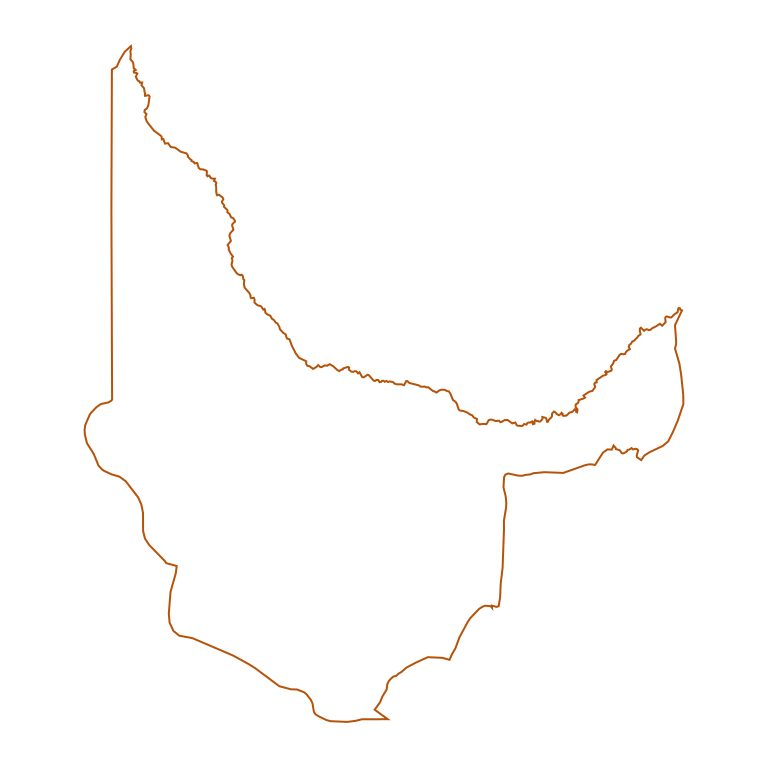 Thpong, Kâmpóng Spœ, Cambodia (Robinson projection)
{"feature_id": "14789045B91455576318571", "entity_name": "Thpong", "entity_type": "district", "adm_level": 2, "iso_a3": "KHM", "parent_name": "Cambodia", "parent_adm1": "Kâmpóng Spœ", "projection": "robinson", "projection_center": [104.429, 11.759], "detail": "fine", "context": "isolated", "style": "outline", "palette": "amber", "viewbox_px": 768, "rotation_deg": 0, "n_neighbors": 0, "source": "geoboundaries", "source_scale": "gbopen_adm2", "svg_char_len": 6085}
<svg xmlns="http://www.w3.org/2000/svg" viewBox="0 0 768 768"><path d="M406.3,381.0L404.0,385.2L401.5,384.3L396.9,384.3L394.9,383.8L393.1,382.2L390.0,381.4L387.9,382.0L386.5,381.0L384.8,381.8L383.5,380.8L382.1,380.8L381.0,382.0L379.6,382.2L378.3,380.1L376.7,379.9L374.7,381.0L373.8,380.7L368.6,375.0L367.5,374.8L363.8,377.3L362.2,377.1L359.5,372.2L358.0,373.4L356.4,371.4L354.8,371.2L352.9,371.9L351.2,371.5L348.8,369.6L349.1,367.6L348.0,366.9L343.2,368.4L342.7,369.5L341.6,369.5L339.1,371.1L337.2,369.9L333.4,366.4L329.7,364.2L327.2,365.7L324.8,365.4L321.4,367.2L320.0,366.8L318.2,365.1L316.4,367.0L313.1,368.9L309.5,366.2L307.4,365.8L306.1,363.9L306.3,361.3L299.0,357.8L295.9,353.6L292.0,346.1L289.5,339.3L287.3,338.7L286.2,336.8L285.8,334.5L283.1,332.7L280.0,329.4L279.3,326.8L277.4,323.4L275.7,322.6L274.0,320.1L271.9,318.7L270.4,315.8L266.7,314.0L265.3,312.5L265.0,309.7L264.4,308.9L263.3,309.6L261.2,306.4L257.3,305.1L254.5,302.6L254.6,299.6L253.9,297.8L251.1,298.2L250.4,296.7L250.6,295.5L249.3,293.0L244.6,287.6L243.9,284.1L244.3,280.1L243.4,279.2L242.6,275.5L241.3,274.7L240.3,275.2L238.4,274.5L236.7,273.2L232.2,266.8L231.5,264.6L232.5,260.7L231.8,258.1L233.0,256.6L230.7,253.6L228.7,249.6L228.9,247.6L227.6,245.0L230.9,240.9L229.4,235.8L230.1,233.4L233.4,229.7L232.1,225.5L232.4,224.1L235.0,221.6L234.7,220.4L233.2,218.2L231.0,217.2L229.5,213.8L227.4,212.3L227.5,210.4L227.0,209.6L224.0,206.8L224.2,205.3L222.0,202.6L221.9,201.6L223.3,199.3L223.1,198.4L222.4,197.3L218.8,194.7L217.1,195.3L216.7,194.5L216.2,191.7L216.2,186.9L215.7,184.9L216.3,183.2L215.7,181.9L214.0,180.9L214.9,178.7L212.1,178.6L210.6,177.9L209.4,175.7L208.4,175.6L207.7,176.3L206.7,175.5L206.9,171.3L206.3,170.6L203.1,169.4L200.4,169.3L198.9,168.1L197.6,164.9L197.6,163.6L196.9,162.9L194.6,163.4L193.6,161.8L191.6,161.2L191.4,159.9L190.6,159.6L187.9,156.7L187.9,155.4L186.5,153.4L180.6,151.7L175.2,147.7L170.7,147.0L168.1,143.2L165.0,143.6L163.3,139.0L161.8,139.4L161.6,136.8L161.0,135.9L154.0,130.7L148.1,123.3L146.6,121.1L145.3,117.0L146.5,114.1L144.4,112.0L144.8,109.9L147.0,108.4L148.4,105.0L149.6,96.5L149.0,95.5L148.1,95.2L145.1,95.9L144.8,94.8L145.2,93.3L144.6,92.2L144.1,88.3L141.5,85.3L142.2,82.5L139.9,82.6L139.3,81.2L138.2,80.9L137.2,79.6L135.8,76.8L137.3,73.5L136.1,72.8L134.1,72.6L133.7,71.7L134.0,70.7L135.7,69.9L133.8,68.2L133.3,63.4L132.5,61.7L130.4,59.3L130.7,54.5L130.4,51.0L131.3,48.6L130.9,46.1L124.7,51.8L119.8,59.9L116.8,66.7L111.9,69.5L111.4,208.7L112.1,399.6L111.2,400.8L108.4,402.4L101.0,404.0L96.4,407.2L91.2,412.6L89.6,414.9L85.2,425.2L84.6,429.8L84.9,434.8L87.0,443.3L93.7,453.8L98.5,465.6L102.1,469.5L104.1,470.9L111.7,474.4L119.3,476.6L125.7,481.2L138.3,497.6L141.4,504.7L143.0,512.8L143.1,531.1L145.0,538.6L149.2,545.0L164.9,561.1L166.3,563.2L176.7,566.0L175.8,573.2L170.5,592.0L168.8,613.8L169.6,622.6L173.4,630.9L179.3,635.7L192.3,638.1L233.0,655.5L248.5,664.0L255.2,668.2L279.3,686.2L291.0,689.3L297.1,689.5L304.1,692.3L306.6,694.3L310.9,699.9L312.5,703.5L313.9,711.8L315.4,714.2L319.2,716.6L326.3,720.0L330.7,721.2L347.4,721.9L355.8,720.8L361.8,719.3L387.7,719.2L374.7,709.7L380.1,702.2L382.3,696.7L386.7,689.4L387.2,684.6L388.5,681.6L390.0,679.6L393.1,676.7L396.1,675.9L398.5,673.7L401.4,672.0L406.6,667.5L416.1,662.5L427.7,657.2L442.3,657.8L449.5,659.8L452.0,654.2L455.4,648.4L459.4,637.4L467.8,621.8L470.3,618.1L479.0,609.0L482.5,606.7L485.5,605.7L488.7,606.0L490.8,606.3L492.0,607.8L491.8,605.6L496.6,606.9L498.7,606.1L500.1,597.3L500.7,583.6L502.6,567.7L504.0,529.0L503.9,520.9L506.1,507.5L506.3,502.3L505.6,496.0L503.5,487.4L504.1,477.1L505.4,474.6L508.2,473.5L518.0,475.6L522.0,475.8L525.5,474.9L530.3,474.4L533.5,473.2L544.2,472.2L563.4,472.9L584.5,465.4L588.7,464.4L592.1,464.4L595.1,465.0L602.9,452.7L607.5,449.4L611.8,449.6L613.6,445.5L615.7,448.0L615.8,449.0L619.9,450.3L621.7,453.1L622.8,453.4L623.9,453.2L627.0,451.3L627.5,449.9L629.0,449.7L631.6,448.1L632.8,449.4L635.5,448.8L637.1,449.2L638.2,450.3L636.7,455.3L637.0,457.2L641.2,460.1L644.4,455.5L649.4,452.3L662.6,446.0L668.2,441.4L673.1,431.6L677.8,420.6L683.4,404.0L683.2,394.1L681.1,374.5L679.4,363.6L675.0,348.5L676.1,344.4L676.2,342.0L675.0,325.2L682.0,310.4L680.3,309.7L680.0,308.3L678.8,308.0L678.2,308.7L677.6,312.2L674.6,314.2L671.7,317.0L670.6,317.6L666.7,316.4L665.7,316.9L665.2,317.9L665.6,322.2L662.2,325.7L659.9,323.8L656.3,326.2L652.3,328.2L650.4,329.8L649.0,330.2L646.7,329.2L645.1,329.8L644.1,330.8L640.9,327.7L639.9,328.6L639.8,331.0L640.6,334.0L640.1,334.8L638.3,335.9L637.6,337.1L634.1,340.7L632.2,341.6L631.0,343.7L629.4,344.8L628.8,347.0L629.9,349.1L626.6,351.1L625.5,352.8L625.2,353.9L623.7,354.3L621.2,353.9L619.6,354.9L616.2,360.0L614.1,360.8L612.9,363.9L610.9,366.4L611.8,369.7L611.1,370.8L607.3,372.1L606.0,371.1L605.2,372.0L606.6,374.0L605.8,374.9L603.0,375.7L596.5,380.1L596.7,382.4L594.9,382.8L594.3,384.1L595.2,386.9L592.4,390.9L589.3,391.7L583.5,395.5L585.0,397.6L583.9,398.4L578.6,400.1L578.7,401.3L578.2,402.8L575.7,404.5L575.6,407.0L577.5,409.3L577.1,412.3L576.2,411.9L575.9,410.0L574.7,409.3L572.8,411.5L569.3,412.8L566.6,415.5L563.8,415.9L562.6,415.4L562.6,413.7L561.6,412.8L560.8,414.0L558.9,415.2L556.5,413.9L556.1,413.0L554.0,411.5L552.1,413.4L552.0,416.1L551.1,417.7L549.4,419.1L547.7,421.9L546.9,421.7L546.5,419.0L545.8,417.9L542.4,417.0L542.4,419.1L540.4,421.4L539.1,421.7L538.2,421.1L536.6,421.0L535.2,419.9L534.5,421.5L534.5,423.7L532.9,424.2L532.5,423.3L532.8,422.3L532.3,421.4L529.9,422.6L528.3,422.5L527.2,423.3L526.5,424.6L524.0,424.0L523.1,425.4L521.6,426.0L517.6,425.7L516.7,425.2L515.3,422.5L512.3,423.4L507.5,420.0L504.6,420.1L501.6,421.9L500.3,422.1L499.0,420.7L495.9,421.1L491.7,419.6L490.0,419.7L488.7,420.2L486.5,424.1L482.6,423.9L479.6,424.4L476.7,422.0L477.0,419.0L473.8,417.5L472.1,415.2L470.0,414.5L467.5,412.7L464.0,411.2L459.7,410.4L458.6,409.3L456.7,403.4L455.4,401.7L453.0,400.0L450.2,393.3L448.8,391.4L447.2,391.1L444.7,389.8L441.2,389.7L439.2,390.5L436.5,392.6L434.0,391.2L433.2,391.2L428.1,387.2L426.1,387.3L424.9,386.6L420.8,386.7L418.6,385.3L409.4,383.0L407.4,381.1L406.3,381.0Z" fill="none" stroke="#b45309" stroke-width="2"/></svg>